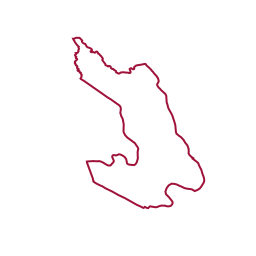 Momostenango, Totonicapán, Guatemala, rotated 301°
{"feature_id": "79465075B37040053715230", "entity_name": "Momostenango", "entity_type": "district", "adm_level": 2, "iso_a3": "GTM", "parent_name": "Guatemala", "parent_adm1": "Totonicapán", "projection": "equal_earth", "projection_center": [-91.39, 15.11], "detail": "fine", "context": "isolated", "style": "outline", "palette": "rose", "viewbox_px": 256, "rotation_deg": 301, "n_neighbors": 0, "source": "geoboundaries", "source_scale": "gbopen_adm2", "svg_char_len": 4595}
<svg xmlns="http://www.w3.org/2000/svg" viewBox="0 0 256 256"><g transform="rotate(301 128 128)"><path d="M153.1,54.1L153.1,54.5L153.2,54.9L153.1,55.3L152.8,55.5L152.6,55.4L151.7,54.9L151.5,55.0L151.3,55.2L151.2,55.9L151.4,56.3L151.7,56.7L151.7,57.1L151.1,57.5L150.8,57.9L150.8,58.4L151.1,58.6L151.1,59.1L150.8,59.3L150.2,59.6L149.7,61.0L149.3,61.1L148.7,61.2L148.3,61.7L147.5,61.8L146.5,61.8L145.9,61.8L145.7,62.2L145.7,66.3L143.7,95.0L143.7,98.5L143.1,106.0L143.0,107.9L142.9,108.8L142.7,109.6L142.4,110.2L142.2,110.7L141.8,111.1L140.6,112.1L136.9,113.7L134.7,116.1L133.2,118.6L132.3,119.5L129.0,122.4L126.0,124.1L124.4,125.0L123.4,125.5L122.3,126.3L121.4,127.6L120.4,129.2L120.0,130.5L119.5,132.1L118.6,141.6L118.2,142.5L117.5,143.9L116.5,146.2L115.5,147.5L112.6,148.5L109.7,150.3L107.2,152.0L106.0,152.4L104.7,152.7L103.7,153.0L102.2,153.2L100.8,153.0L99.9,152.7L99.2,152.1L97.2,147.8L97.0,146.7L97.0,146.0L97.2,145.5L97.5,145.1L98.5,144.2L99.2,143.6L100.5,142.3L101.4,140.1L101.6,137.4L101.3,135.0L100.8,133.8L98.3,131.9L97.8,130.4L97.5,129.8L96.8,129.1L95.6,129.0L94.2,130.4L92.8,132.5L92.1,133.0L91.4,133.1L88.1,132.5L87.3,132.4L86.7,132.0L86.1,131.2L85.7,130.2L85.5,128.7L85.5,123.9L85.3,122.2L84.9,120.7L84.5,119.9L84.3,119.9L82.6,116.9L82.0,115.9L82.0,115.6L81.1,114.3L78.1,110.0L77.0,110.9L70.2,119.4L66.4,124.1L65.6,124.6L64.9,125.7L64.4,125.8L64.2,126.2L64.1,129.6L64.5,134.2L64.8,135.4L64.7,139.5L65.4,147.0L65.6,154.5L66.3,161.3L66.7,175.4L67.3,180.0L67.3,181.9L67.6,182.6L69.0,183.0L69.3,185.7L69.7,186.5L72.0,187.1L72.3,187.4L72.5,187.9L74.2,192.4L75.3,193.7L76.3,194.4L78.3,196.1L79.0,197.1L79.8,198.6L80.5,199.6L80.5,200.2L80.9,201.4L81.3,202.5L82.5,204.1L83.5,204.8L84.3,205.0L85.2,205.1L85.9,205.1L86.6,204.9L87.3,204.5L87.7,204.0L88.0,203.5L89.8,198.6L90.8,194.7L92.8,192.8L96.3,192.1L99.7,192.4L102.7,194.0L104.1,196.8L104.8,199.6L104.9,201.9L105.1,202.3L105.6,207.4L105.8,208.2L106.2,208.8L106.2,209.4L107.6,212.6L108.1,213.8L108.3,214.3L108.3,217.7L110.6,219.4L112.5,220.4L113.2,220.7L115.9,221.0L120.1,221.0L121.4,220.8L122.9,220.0L123.8,219.3L124.1,218.9L125.0,218.1L126.5,216.1L127.7,214.7L130.0,212.3L131.5,209.7L133.2,207.3L134.0,206.4L134.4,204.7L135.0,199.2L135.8,199.4L135.9,197.1L136.6,194.3L137.6,192.9L139.4,192.0L141.3,190.7L143.7,187.8L144.9,184.5L146.4,181.8L147.5,178.0L147.5,176.4L148.1,172.5L149.2,171.2L154.9,167.0L156.7,165.1L157.9,163.8L158.2,163.4L161.8,159.2L163.0,157.2L165.3,153.1L166.5,151.6L166.8,151.3L169.1,149.0L169.7,148.1L173.7,145.3L175.1,144.4L176.4,142.6L177.5,136.9L178.2,135.0L178.4,133.5L179.5,131.2L180.7,130.4L183.3,130.4L184.1,130.1L186.2,128.0L186.4,127.2L186.7,126.6L187.1,126.2L187.9,123.2L189.3,119.6L189.3,118.9L189.9,117.7L190.5,115.3L191.1,111.8L191.9,110.0L191.4,109.1L189.8,107.5L185.9,102.9L183.7,102.0L182.7,102.2L182.1,102.8L181.4,102.7L180.8,101.7L180.9,100.1L180.4,99.4L179.6,99.0L178.9,99.4L177.8,101.0L177.1,101.5L176.4,101.5L175.7,100.7L175.4,99.4L174.6,98.0L173.6,95.7L172.4,93.8L171.5,93.0L170.5,92.7L169.7,91.7L169.8,90.4L169.5,89.6L169.8,88.8L170.7,88.2L170.6,86.1L171.0,85.2L170.9,84.5L170.5,84.1L170.5,83.0L170.7,82.3L171.3,81.9L171.7,81.3L171.5,79.9L171.1,79.4L170.5,79.2L170.6,78.0L170.3,77.1L170.4,76.2L171.2,75.5L172.8,71.3L173.4,70.8L174.1,70.9L174.7,70.5L175.9,67.6L175.9,67.0L176.0,66.5L176.2,66.1L176.5,65.7L176.5,65.0L176.5,64.6L176.4,64.2L176.6,63.7L176.9,63.5L177.1,63.3L177.4,62.8L177.5,62.2L177.4,61.8L177.1,61.4L176.9,61.3L176.4,61.2L176.0,61.1L175.7,61.0L175.4,60.7L175.3,59.9L175.3,59.5L175.2,59.1L174.8,58.7L174.6,58.3L174.4,57.9L174.1,57.4L174.1,57.0L174.4,56.5L174.7,56.5L175.0,56.8L175.3,57.1L175.7,57.2L176.1,57.1L176.6,56.6L176.8,56.2L176.9,55.8L176.9,55.3L176.9,53.9L176.8,53.3L176.6,52.8L176.5,52.3L176.4,52.0L176.4,51.6L176.4,51.3L176.5,50.8L176.7,50.4L176.9,50.1L177.1,49.7L177.2,49.4L177.5,48.9L177.8,48.6L178.0,48.1L177.9,47.6L177.8,46.8L177.7,46.4L177.7,45.7L177.9,45.0L178.0,44.7L178.2,44.3L178.5,43.9L178.9,43.6L179.4,43.6L180.2,40.6L180.2,40.2L180.2,39.8L180.0,39.4L179.4,38.6L179.2,38.1L179.0,37.5L178.5,37.1L177.9,36.6L177.0,35.9L176.6,35.6L176.4,35.4L176.2,35.0L175.7,35.7L175.1,37.1L174.2,38.3L173.7,39.7L173.0,41.2L172.3,44.0L171.5,44.0L170.6,45.2L168.8,45.5L168.4,46.0L167.8,46.1L166.4,46.0L165.3,44.6L165.0,45.0L164.7,45.4L163.2,45.0L162.8,45.5L162.3,47.0L161.6,46.9L161.2,47.1L161.0,47.6L161.0,48.6L160.7,49.0L159.5,48.9L157.8,48.3L157.4,48.3L156.9,49.0L156.2,49.0L155.9,49.3L155.7,50.4L155.4,50.6L155.2,50.7L154.9,51.1L155.0,51.4L155.1,51.7L154.9,52.4L154.7,52.7L154.5,53.0L153.8,53.0L153.4,53.2L153.1,54.1Z" fill="none" stroke="#9f1239" stroke-width="2"/></g></svg>